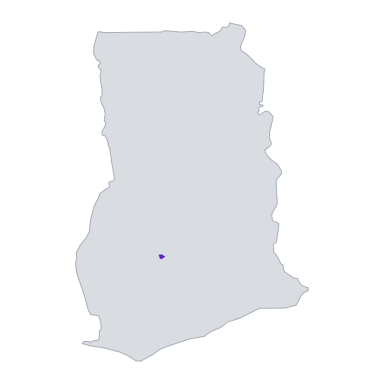 Old Tafo Municipal, Ashanti, Ghana shown in context
{"feature_id": "2480657B10806173713075", "entity_name": "Old Tafo Municipal", "entity_type": "district", "adm_level": 2, "iso_a3": "GHA", "parent_name": "Ghana", "parent_adm1": "Ashanti", "projection": "albers", "projection_center": [-1.61, 6.738], "detail": "fine", "context": "in_parent", "style": "filled", "palette": "violet", "viewbox_px": 384, "rotation_deg": 0, "n_neighbors": 0, "source": "geoboundaries", "source_scale": "gbopen_adm2", "svg_char_len": 3339}
<svg xmlns="http://www.w3.org/2000/svg" viewBox="0 0 384 384"><path d="M241.5,25.7L244.8,28.9L245.6,30.7L244.4,37.5L242.0,42.3L240.4,46.8L240.6,49.0L242.1,51.2L247.2,54.7L249.8,57.0L252.9,60.5L256.4,63.8L262.5,68.2L265.0,69.0L264.9,70.2L264.1,71.9L263.6,88.3L263.2,92.6L262.7,94.7L262.2,100.9L261.6,101.7L260.4,101.7L259.4,101.9L259.1,103.1L259.5,104.4L263.2,105.3L262.4,106.2L259.7,107.0L258.4,108.9L259.0,111.0L257.5,112.7L257.9,113.8L258.9,114.7L260.4,114.4L264.7,111.5L266.5,111.2L268.7,111.8L272.8,116.1L272.9,118.2L271.3,125.4L269.7,131.0L269.5,138.4L271.2,142.6L271.0,144.9L269.1,146.9L264.9,149.8L265.2,151.8L267.2,155.4L270.7,159.5L277.7,164.5L281.4,171.1L281.5,173.7L279.4,176.4L276.9,178.8L276.1,182.1L277.3,204.2L271.8,213.8L271.8,216.5L272.4,219.7L273.8,221.6L276.7,222.1L278.9,223.9L278.2,230.6L277.0,237.5L276.8,240.8L276.1,242.4L274.0,243.7L273.2,245.9L273.8,248.5L273.3,250.5L274.5,253.0L277.1,256.2L281.1,264.1L282.7,264.7L283.4,266.4L283.0,268.0L284.5,271.5L289.0,274.9L293.8,278.0L297.6,278.4L298.5,281.1L301.0,284.6L302.8,286.1L305.7,287.1L308.1,287.6L308.3,290.5L304.0,292.5L301.1,295.6L298.9,300.2L295.9,305.3L285.3,308.0L281.3,308.1L259.6,308.3L239.4,318.3L227.7,321.9L220.5,327.6L210.9,331.6L204.1,336.4L190.1,338.8L167.1,346.4L159.9,349.4L152.6,354.7L140.8,361.0L136.1,360.9L126.9,355.1L119.9,352.1L102.9,347.6L90.1,345.9L84.0,344.0L82.3,343.6L83.7,341.5L87.3,341.4L91.0,342.1L93.8,340.5L98.0,340.3L99.1,338.6L99.4,334.4L99.4,331.0L100.9,329.5L101.2,325.5L99.2,316.7L97.8,315.7L90.4,314.4L89.8,312.6L88.5,310.8L87.1,306.2L85.5,299.4L82.9,291.0L78.0,277.1L76.7,272.2L75.9,267.2L75.7,261.3L76.8,259.1L76.6,256.0L76.2,252.9L79.7,245.9L86.6,237.2L88.1,234.1L89.4,232.0L89.5,228.9L90.8,218.8L94.1,206.6L96.2,202.0L97.6,199.6L99.3,195.5L99.7,193.6L106.1,188.9L109.0,187.6L109.6,185.7L108.6,183.6L109.1,182.2L110.6,181.5L112.9,181.0L114.6,179.0L112.0,164.0L109.8,149.1L109.7,147.8L108.4,145.7L107.2,139.6L105.1,135.9L102.1,134.9L102.1,131.5L105.1,125.7L105.9,122.4L104.5,121.3L104.3,118.7L105.3,114.5L104.8,111.9L104.3,109.1L101.2,102.5L100.4,97.9L102.0,95.2L102.0,89.3L100.3,80.1L100.1,74.4L101.2,72.0L100.7,69.7L98.4,67.5L98.3,65.4L100.2,63.3L100.0,61.7L97.6,60.6L95.4,57.7L93.6,53.3L94.0,46.1L97.6,33.0L98.0,31.9L102.1,32.0L102.1,32.6L114.7,32.5L129.1,32.3L146.3,32.2L162.0,32.0L162.6,31.4L165.2,30.7L181.0,32.1L190.9,31.4L195.1,31.8L198.2,32.7L205.0,32.1L208.6,32.5L211.4,35.7L212.5,35.7L214.0,34.3L216.8,32.7L219.5,31.4L221.5,28.9L222.7,26.9L224.5,27.3L227.1,27.2L228.8,25.6L229.5,23.0L241.5,25.7Z" fill="#d9dde1" stroke="#a8b0b8" stroke-width="1"/><path d="M159.7,255.6L159.8,255.8L159.8,256.0L160.0,256.4L160.2,256.5L160.3,256.7L160.2,256.9L160.3,257.1L160.3,257.4L160.4,257.7L160.5,257.9L160.5,258.1L161.1,257.9L161.5,257.9L161.9,258.3L162.0,258.2L162.1,257.7L162.4,257.3L162.5,257.2L163.0,257.1L163.3,257.1L163.5,257.0L163.6,256.9L163.9,256.6L163.6,256.5L163.0,256.2L162.9,256.1L162.7,256.0L162.4,256.0L162.3,255.9L162.2,255.7L161.9,255.4L161.7,255.3L161.6,255.5L161.8,255.7L161.9,255.9L161.7,255.9L161.7,256.0L161.5,255.9L161.4,255.9L161.5,255.8L161.4,255.8L161.2,255.8L160.9,255.9L160.9,256.0L160.9,255.9L160.9,255.7L161.0,255.7L160.9,255.6L160.7,255.5L160.6,255.4L160.5,255.2L160.4,255.2L160.2,255.2L160.1,255.3L159.9,255.3L159.9,255.5L159.7,255.6Z" fill="#8b5cf6" stroke="#5b21b6" stroke-width="1.5"/></svg>